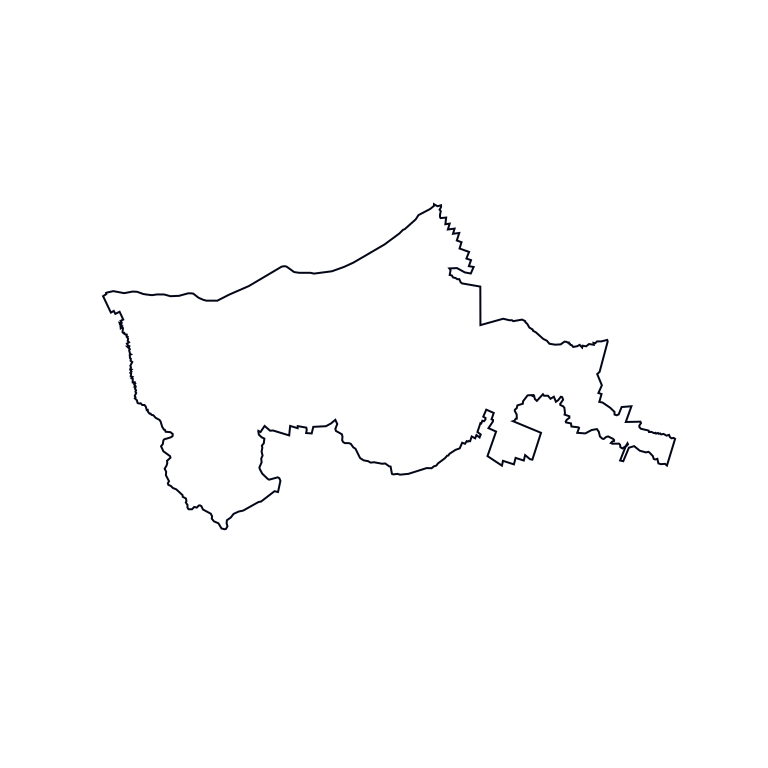 outline of Tatahuicapan de Juárez, Veracruz, Mexico, rotated 288°
{"feature_id": "50627088B86735774155910", "entity_name": "Tatahuicapan de Juárez", "entity_type": "district", "adm_level": 2, "iso_a3": "MEX", "parent_name": "Mexico", "parent_adm1": "Veracruz", "projection": "mercator", "projection_center": [-94.788, 18.349], "detail": "fine", "context": "isolated", "style": "outline", "palette": "ink", "viewbox_px": 768, "rotation_deg": 288, "n_neighbors": 0, "source": "geoboundaries", "source_scale": "gbopen_adm2", "svg_char_len": 6161}
<svg xmlns="http://www.w3.org/2000/svg" viewBox="0 0 768 768"><g transform="rotate(288 384 384)"><path d="M234.2,303.4L248.2,313.0L248.5,316.6L259.9,315.4L262.1,313.5L262.4,311.8L257.5,304.3L257.9,302.5L261.2,295.8L264.8,292.1L266.1,291.3L271.8,291.8L275.0,290.3L278.5,290.6L281.8,288.5L285.8,288.0L287.6,286.9L290.4,288.0L295.1,287.1L295.5,284.1L297.2,280.6L300.1,279.1L300.6,279.0L300.2,281.4L307.2,283.4L304.4,290.1L305.5,292.9L305.8,309.7L315.1,307.7L315.3,315.5L317.3,315.0L318.5,323.6L316.5,324.7L313.3,325.1L314.6,330.5L321.4,330.0L325.9,341.8L330.0,345.7L334.9,348.8L331.5,351.9L326.2,351.6L324.5,352.8L323.2,359.4L321.3,360.7L317.6,361.6L316.1,363.1L315.7,365.1L316.9,368.8L316.8,371.0L314.3,374.3L313.6,376.9L306.2,384.1L305.1,388.2L305.7,392.8L305.1,395.5L306.5,398.7L307.6,407.0L308.8,409.7L307.3,414.4L307.5,415.8L301.0,419.3L300.9,420.8L302.7,424.6L302.7,427.2L306.1,435.0L317.2,450.5L318.6,455.3L321.0,456.8L322.6,459.0L325.2,459.9L332.1,464.8L335.3,466.2L335.9,467.3L337.8,467.8L343.4,472.3L346.2,475.9L352.3,476.5L352.2,479.5L355.2,480.3L355.1,481.5L355.8,481.9L356.2,483.6L361.2,483.6L360.5,487.5L364.0,487.7L362.7,491.4L365.9,491.6L367.2,487.7L376.6,487.8L376.5,488.7L379.5,488.9L379.5,490.6L381.4,491.4L383.0,491.1L383.6,488.5L391.2,489.2L390.4,497.3L383.6,497.2L383.5,498.8L382.1,499.2L374.3,497.0L373.4,505.3L347.4,504.7L342.8,521.4L347.7,520.9L347.7,532.4L354.4,532.0L354.4,540.6L360.0,540.2L357.6,546.1L357.9,548.5L386.1,548.4L388.5,518.2L389.3,519.3L391.7,520.1L392.1,521.0L396.0,519.6L398.9,516.6L400.1,516.5L402.0,517.7L404.9,517.5L408.1,522.1L410.6,521.6L417.4,524.0L417.9,524.8L419.7,529.7L419.2,530.3L418.5,529.7L418.4,530.8L416.3,532.2L415.2,534.6L423.4,538.3L422.3,539.8L423.5,543.6L421.4,546.9L424.4,549.5L420.2,553.0L422.5,554.7L426.5,556.1L426.6,557.5L424.4,559.2L419.4,557.7L418.5,558.3L418.1,561.4L417.1,562.9L412.3,565.1L410.7,565.2L410.6,570.2L409.2,570.8L406.5,568.9L404.5,568.4L403.7,569.0L404.3,574.0L401.5,575.4L402.9,582.4L402.5,583.1L397.3,582.9L399.2,590.7L404.4,595.7L406.9,600.4L405.0,603.0L400.8,605.6L399.5,608.5L399.6,609.9L402.2,611.6L403.4,613.3L402.6,618.9L401.8,620.2L400.9,620.4L399.9,618.9L397.9,618.0L397.8,619.7L399.9,626.0L399.1,627.3L396.9,628.4L396.4,630.7L399.6,633.1L402.9,633.9L402.0,634.7L398.6,633.1L384.2,632.2L384.5,635.4L399.1,636.6L402.2,641.1L399.6,647.9L399.9,654.3L401.2,656.4L400.8,657.8L398.5,662.0L396.1,663.7L396.0,665.2L397.3,667.1L393.3,669.5L393.3,672.1L394.9,675.9L393.9,678.3L421.8,677.8L422.2,676.1L421.2,674.2L421.9,672.3L423.7,670.8L422.2,668.7L422.9,665.3L421.7,663.1L422.3,661.9L421.5,660.6L422.1,659.7L420.9,658.1L421.5,657.3L420.7,656.0L421.1,653.2L420.2,650.9L421.4,650.2L421.4,648.9L420.8,642.1L422.0,640.1L423.5,639.7L426.3,640.5L427.4,639.5L422.6,625.7L439.3,626.2L435.5,617.1L427.6,616.6L426.1,614.8L426.2,612.7L428.7,611.8L431.3,606.5L433.9,597.6L433.5,594.3L441.7,594.0L441.7,590.7L450.1,591.6L459.3,583.7L462.2,585.3L493.5,583.6L494.9,582.7L491.7,577.5L490.3,573.4L488.0,572.3L487.9,570.5L486.1,571.4L485.4,566.7L482.3,564.6L481.8,561.1L479.9,561.2L481.7,558.0L479.6,556.0L477.7,552.5L479.0,550.5L478.8,549.3L479.8,548.3L479.6,547.6L480.6,546.9L480.1,545.7L480.5,544.7L480.1,542.6L476.3,539.8L474.3,534.7L473.4,528.9L475.5,525.5L476.1,521.5L480.1,512.4L480.7,509.2L481.7,508.6L482.6,504.8L485.4,501.7L486.5,499.3L487.4,498.9L487.9,495.4L483.7,487.5L484.2,485.9L483.4,483.7L482.9,477.2L469.8,457.5L506.4,445.5L503.8,427.1L504.5,425.4L507.0,423.2L506.3,421.3L506.9,419.4L506.7,416.7L508.2,415.0L508.0,412.8L512.9,412.1L514.1,410.4L516.8,417.6L515.1,426.4L515.9,432.4L523.0,433.1L522.3,428.3L528.7,428.5L528.8,423.6L535.9,424.1L536.2,414.0L542.8,413.9L543.0,408.9L550.9,408.9L548.2,403.2L553.6,403.1L550.7,397.0L556.8,396.9L554.9,393.0L561.5,391.7L559.3,386.6L559.9,385.8L562.1,385.0L565.8,384.6L565.6,385.1L566.9,383.0L569.9,383.6L571.6,383.0L569.6,379.9L570.4,376.0L568.9,376.5L564.7,373.8L555.3,364.6L550.4,363.3L537.7,355.9L536.4,354.4L531.9,352.1L516.9,341.4L490.0,317.4L483.0,309.8L475.1,299.6L467.4,283.4L467.0,279.7L463.5,268.8L462.7,263.9L465.5,255.2L465.4,253.3L464.1,250.5L435.5,225.3L421.3,209.3L411.7,199.7L408.4,189.4L408.2,186.5L408.7,181.1L411.0,174.7L410.7,172.7L409.6,169.5L404.5,161.8L401.5,153.7L401.2,147.2L399.1,140.6L396.8,135.9L395.8,131.0L395.2,127.3L395.4,120.7L394.3,116.5L390.1,108.8L388.7,97.9L385.3,92.2L384.7,91.5L383.7,92.1L380.7,89.7L367.5,102.2L370.0,104.4L367.7,106.8L371.0,110.2L364.7,116.1L362.7,114.0L361.3,115.6L360.3,115.7L360.4,113.6L358.8,114.7L358.3,116.7L357.2,115.7L355.6,116.4L357.1,117.5L356.5,118.5L352.5,119.3L351.8,120.6L352.3,121.2L351.3,122.0L351.5,124.0L350.3,124.1L349.8,125.4L349.2,125.0L348.1,126.6L345.7,127.0L344.9,128.6L342.9,127.0L341.4,128.9L341.3,130.2L340.5,130.2L340.1,128.5L338.6,131.5L337.3,131.2L334.3,133.1L334.0,134.2L333.1,133.2L330.2,134.4L329.8,135.4L327.8,135.8L327.1,137.8L323.0,137.1L321.7,138.2L320.2,138.1L319.9,139.3L319.0,138.4L317.8,140.0L316.2,139.3L315.9,140.3L312.9,140.8L313.1,142.6L311.4,142.2L311.4,143.4L308.5,144.3L308.0,144.7L308.7,146.4L308.2,146.7L307.6,145.8L307.4,147.2L306.2,146.7L305.2,148.3L304.2,147.7L304.1,148.7L302.4,148.7L301.5,150.1L299.8,150.0L298.9,151.1L295.7,150.6L294.5,151.8L293.4,151.4L292.1,154.1L289.9,155.4L289.7,157.1L290.5,158.5L289.3,160.6L290.0,162.7L288.9,164.4L285.9,166.4L286.4,167.3L284.8,168.0L283.3,170.2L283.7,171.1L282.8,172.5L283.0,174.3L281.2,177.4L280.5,181.5L279.2,183.2L274.7,186.3L272.6,188.8L272.7,189.8L271.1,191.1L272.2,195.8L271.1,198.6L269.0,199.0L267.3,197.6L263.5,192.1L262.2,191.6L258.5,192.2L255.9,191.2L251.8,195.0L249.3,202.8L247.9,203.7L243.9,201.4L241.9,202.3L239.2,202.4L235.6,201.6L233.3,203.9L229.8,204.8L225.1,209.6L222.8,209.1L221.5,210.0L221.1,213.0L219.9,215.2L219.6,219.0L216.1,226.7L214.5,227.5L213.9,231.0L211.6,232.3L210.1,232.1L208.2,234.5L205.7,235.3L204.5,236.8L205.5,240.1L208.4,241.5L208.6,244.1L211.3,245.5L211.7,246.6L211.4,248.0L208.7,250.6L207.1,259.4L205.0,261.4L202.7,261.8L200.8,264.8L200.4,269.5L196.4,274.1L196.6,277.3L197.4,278.5L200.3,279.1L203.0,277.3L205.9,276.7L209.6,279.5L214.0,281.1L217.8,285.2L220.1,289.2L233.0,301.1L234.2,303.4Z" fill="none" stroke="#020617" stroke-width="2"/></g></svg>